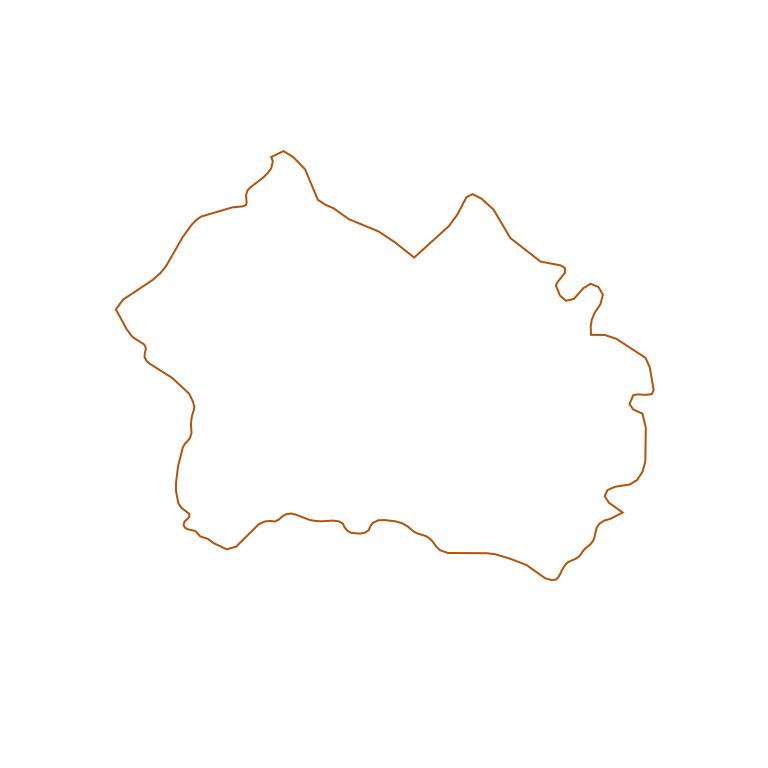 the Metropolitan department of Lot, rotated 242°
{"feature_id": "FRA-5318", "entity_name": "Lot", "entity_type": "Metropolitan department", "adm_level": 1, "iso_a3": "FRA", "parent_name": "France", "parent_adm1": "", "projection": "mercator", "projection_center": [1.542, 44.633], "detail": "fine", "context": "isolated", "style": "outline", "palette": "amber", "viewbox_px": 768, "rotation_deg": 242, "n_neighbors": 0, "source": "natural_earth", "source_scale": "10m", "svg_char_len": 2374}
<svg xmlns="http://www.w3.org/2000/svg" viewBox="0 0 768 768"><g transform="rotate(242 384 384)"><path d="M637.4,391.0L636.8,404.6L626.7,410.5L610.5,415.1L577.6,412.1L569.8,416.4L562.6,422.1L546.1,430.3L521.1,450.9L504.7,459.8L481.5,470.0L492.9,515.2L499.2,528.4L510.2,544.4L510.1,551.3L501.7,557.2L486.5,562.6L453.5,564.1L418.7,579.6L405.7,595.7L401.4,598.2L397.2,595.9L392.5,585.0L390.3,582.0L379.4,580.9L372.1,583.8L370.0,591.6L375.0,605.1L375.4,613.5L369.0,618.9L360.1,619.2L352.8,612.5L348.0,603.5L343.1,597.5L337.4,593.3L330.2,589.9L323.7,601.9L314.9,610.3L284.3,627.2L274.0,626.5L252.1,619.3L249.3,615.6L251.8,609.5L255.7,603.2L257.1,598.9L251.1,591.4L244.5,592.1L236.5,598.3L222.4,594.6L193.0,578.4L185.3,571.2L180.5,562.6L179.8,554.1L184.8,539.7L185.4,531.5L181.3,526.2L173.5,526.9L158.4,534.4L158.7,520.2L160.0,514.6L159.7,508.8L156.9,503.9L149.9,497.9L147.1,494.6L145.6,491.0L144.0,483.6L142.7,480.4L141.2,477.8L140.1,475.1L139.7,471.3L140.3,462.8L139.5,459.8L137.8,456.5L135.5,452.9L132.8,449.4L131.5,447.0L130.6,443.8L132.2,440.0L136.8,435.1L157.2,424.9L163.8,419.2L171.1,412.8L181.7,402.0L186.4,395.2L204.8,361.1L210.9,355.5L215.0,354.0L222.9,352.8L226.6,351.6L230.1,349.5L236.1,343.7L239.6,341.0L247.2,338.0L252.2,334.9L257.1,330.0L263.5,320.8L266.4,314.8L266.6,308.6L264.6,304.9L262.2,302.0L261.6,297.7L263.1,292.7L268.1,285.0L272.2,282.6L276.5,281.9L280.2,282.1L284.0,279.6L287.6,274.4L292.2,264.2L295.6,258.7L298.9,254.5L310.4,244.5L313.3,241.1L314.9,236.7L315.0,232.8L313.7,227.3L313.8,223.2L316.5,219.2L318.6,214.2L318.9,207.3L309.8,177.1L311.9,167.5L323.9,158.6L330.3,155.6L331.7,154.0L335.9,150.1L342.5,148.6L343.8,147.2L347.7,142.7L350.7,140.8L353.7,140.8L356.1,143.3L357.0,146.7L358.1,149.6L360.7,151.1L369.8,147.0L375.2,146.4L387.4,150.2L394.3,153.9L408.1,163.6L422.5,176.6L424.7,180.2L425.9,183.8L427.6,187.6L431.2,191.1L439.2,194.7L444.1,198.0L447.9,201.3L450.3,203.9L453.0,205.9L457.9,207.0L467.0,207.4L489.1,199.7L512.5,186.3L516.5,185.1L520.2,185.2L524.0,187.6L526.3,189.9L528.5,190.8L531.7,190.7L542.4,184.6L544.6,183.8L553.4,182.5L575.8,182.3L581.0,193.3L584.5,228.6L587.0,238.8L590.5,247.1L608.3,275.3L614.8,288.6L617.0,295.6L617.7,301.1L611.1,333.2L607.6,341.5L606.7,346.0L608.7,347.9L615.5,350.8L618.9,354.3L620.3,358.0L623.1,374.6L625.0,380.8L627.4,385.8L632.9,390.4L637.4,391.0Z" fill="none" stroke="#b45309" stroke-width="2"/></g></svg>